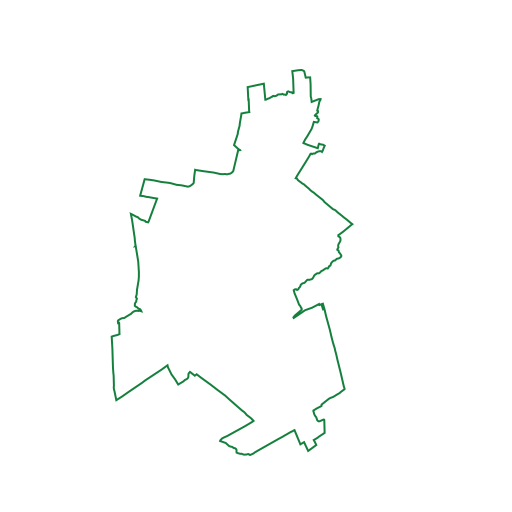 outline of Saveni, Botosani, Romania, rotated 292°
{"feature_id": "2599482B73989625224093", "entity_name": "Saveni", "entity_type": "district", "adm_level": 2, "iso_a3": "ROU", "parent_name": "Romania", "parent_adm1": "Botosani", "projection": "equal_earth", "projection_center": [26.877, 47.965], "detail": "fine", "context": "isolated", "style": "outline", "palette": "green", "viewbox_px": 512, "rotation_deg": 292, "n_neighbors": 0, "source": "geoboundaries", "source_scale": "gbopen_adm2", "svg_char_len": 6091}
<svg xmlns="http://www.w3.org/2000/svg" viewBox="0 0 512 512"><g transform="rotate(292 256 256)"><path d="M165.7,388.0L166.6,387.5L167.7,386.5L169.8,385.0L179.8,378.0L190.8,370.0L194.6,367.4L197.9,364.9L200.3,363.3L201.4,362.3L204.8,359.6L209.4,356.2L215.4,352.0L226.5,343.5L231.8,339.8L236.8,335.9L236.3,335.4L232.1,338.8L231.6,338.2L235.8,334.7L234.2,333.1L234.2,332.9L235.0,332.4L229.1,327.4L224.2,321.9L212.7,314.2L213.1,313.7L215.2,314.3L223.3,318.5L224.6,317.9L225.0,317.0L226.3,315.7L227.0,314.2L231.1,310.4L236.0,305.6L238.4,303.8L239.2,304.2L239.8,304.8L239.9,305.4L240.2,305.6L240.2,305.8L240.0,306.1L239.9,306.5L240.1,307.1L240.7,307.5L241.1,307.7L242.2,307.7L243.7,308.3L244.8,308.4L246.1,308.3L247.7,309.1L248.1,309.5L249.2,310.9L249.6,311.2L251.9,312.0L253.1,312.5L253.5,313.1L253.7,314.1L255.5,316.5L257.1,317.1L259.6,317.3L260.9,317.8L261.5,318.3L262.4,318.8L263.0,319.5L263.2,320.2L263.8,321.1L264.6,321.5L266.6,322.3L267.7,323.4L270.4,325.1L271.1,326.0L271.3,327.2L272.5,327.6L273.6,327.5L274.0,327.7L274.5,328.2L275.3,328.6L276.7,328.4L277.5,328.4L279.4,329.0L280.6,329.7L281.2,330.4L281.4,330.9L283.7,332.0L284.7,333.6L285.1,333.9L286.0,334.6L287.4,335.2L288.4,334.9L288.9,334.3L290.3,332.1L290.6,331.4L291.9,330.5L292.1,330.0L292.1,329.2L292.6,328.9L294.9,329.2L295.9,328.5L296.8,328.2L297.8,328.1L300.6,328.5L301.8,328.5L302.4,328.4L303.9,327.7L304.5,327.2L304.9,326.5L305.1,325.0L306.2,324.5L307.0,325.1L311.2,327.7L319.9,332.4L321.6,333.4L322.1,331.5L323.8,326.4L324.8,322.6L325.3,321.2L326.5,317.2L326.6,316.6L327.4,314.4L328.0,312.9L328.3,311.6L328.2,310.3L328.3,309.7L331.7,299.2L332.7,297.6L333.2,296.3L335.4,288.7L336.4,285.9L336.6,284.6L336.9,283.3L337.6,281.2L338.1,280.3L339.8,275.0L340.3,274.0L340.7,271.1L341.0,270.5L341.5,268.3L342.1,266.4L343.1,265.0L343.0,263.7L346.1,264.1L363.0,267.1L369.1,268.1L370.8,268.2L371.3,268.4L371.6,268.8L371.4,269.8L371.7,270.1L372.4,270.6L372.7,271.1L372.9,271.9L373.1,272.2L373.5,272.5L374.5,272.9L375.3,273.6L376.6,275.0L377.4,276.7L377.5,277.3L377.2,278.2L378.8,278.4L382.1,278.3L384.0,278.4L384.3,276.5L383.7,274.1L383.8,272.5L383.3,272.3L379.1,272.9L378.4,262.0L378.5,259.0L378.4,258.2L378.5,257.6L382.2,257.9L386.2,258.7L394.3,259.9L396.9,259.9L402.0,259.4L402.8,262.9L403.8,263.3L404.7,263.4L405.2,263.3L406.1,263.0L406.5,262.5L406.7,261.1L407.6,260.9L408.4,260.5L408.5,260.2L408.2,259.3L408.0,258.5L408.4,257.9L410.8,258.9L411.7,259.5L412.6,259.6L413.0,259.5L413.6,259.2L413.7,258.3L414.2,258.2L418.6,257.7L422.5,257.0L423.5,257.0L425.0,257.3L425.7,257.1L425.0,255.5L419.7,249.9L423.0,248.1L424.4,247.0L435.4,242.4L441.9,239.3L441.0,237.2L440.0,235.3L445.1,231.7L445.4,231.3L445.6,230.0L445.6,229.0L445.4,228.2L443.9,225.3L441.0,220.4L434.3,224.0L421.3,229.8L420.8,229.3L420.6,228.9L421.1,228.4L421.2,228.1L420.7,226.4L420.7,224.2L420.0,223.5L419.4,223.4L418.6,223.8L418.1,223.9L417.3,223.8L416.5,223.4L416.7,222.8L416.0,221.2L416.2,219.7L415.5,219.1L414.1,216.1L413.6,215.6L412.9,215.4L412.3,214.9L411.6,214.2L410.9,212.9L411.1,212.5L410.6,211.7L410.4,211.5L409.7,211.3L409.5,211.0L408.9,210.5L407.3,209.3L406.4,208.2L404.9,206.9L404.4,206.1L418.7,198.7L409.5,185.0L398.1,190.3L398.3,190.6L387.9,195.3L386.9,195.9L384.3,191.5L383.8,190.9L382.7,189.1L380.9,189.6L373.4,191.2L370.6,192.0L363.9,192.8L363.2,193.2L361.6,193.4L350.6,194.1L348.7,199.2L348.3,200.8L348.3,201.4L348.2,201.6L348.0,201.4L347.7,199.8L326.2,203.1L325.5,202.9L323.8,202.1L322.5,201.0L321.9,199.9L321.1,199.0L320.6,197.7L320.5,196.7L319.5,194.8L318.6,192.2L317.6,185.9L314.8,174.9L313.1,167.6L313.1,167.3L307.4,168.7L300.6,170.8L299.9,170.8L297.6,169.6L296.3,168.7L295.5,167.9L294.8,167.0L293.7,160.8L292.7,157.2L292.3,156.1L291.6,149.9L291.1,147.4L289.2,140.6L287.9,133.2L286.9,129.1L285.5,124.0L268.5,126.0L269.5,129.7L269.7,131.9L270.3,134.0L271.5,139.8L272.2,142.8L248.2,143.5L246.8,143.4L246.4,140.8L246.9,140.3L247.0,139.8L246.9,138.5L246.6,136.1L246.9,133.8L247.5,132.4L247.7,131.8L247.6,130.3L248.1,126.1L248.2,124.2L242.8,127.7L227.4,136.7L224.6,138.1L220.9,140.2L220.4,140.4L219.9,140.3L220.2,140.7L206.7,148.9L197.3,153.4L193.1,155.1L189.3,156.3L181.1,158.1L180.2,158.2L179.3,158.6L175.6,159.8L172.9,160.0L171.8,161.6L170.4,161.6L168.8,162.0L167.2,161.6L166.3,161.6L165.6,161.9L164.4,162.3L164.0,163.6L163.9,164.9L163.2,166.8L163.3,168.1L163.2,168.5L162.7,169.1L162.6,169.6L161.8,170.4L161.6,168.3L160.9,167.4L160.9,166.6L160.4,165.7L160.0,164.8L158.6,163.3L157.3,162.5L155.6,161.8L150.4,157.9L149.3,157.2L148.9,156.7L148.5,155.7L147.6,154.5L145.4,152.8L144.8,152.4L143.9,152.3L142.1,153.3L142.8,154.1L142.7,154.2L132.4,158.7L130.7,156.9L128.3,153.6L127.2,152.4L116.4,157.5L98.7,165.3L94.2,167.5L91.8,168.8L82.4,172.9L80.7,173.4L79.1,174.3L77.8,175.3L70.0,180.5L75.3,184.3L83.0,189.3L96.1,198.1L98.9,199.7L114.7,210.6L121.5,214.9L119.9,216.0L114.3,222.3L114.0,222.9L111.1,227.5L107.7,232.0L112.6,235.7L114.4,236.5L115.9,237.9L116.6,238.3L117.6,238.6L118.5,238.6L121.2,237.6L122.1,237.6L123.8,238.2L122.1,244.1L124.1,245.3L122.7,250.2L119.8,261.9L117.5,270.1L115.0,279.8L113.0,285.1L107.4,301.2L106.9,303.4L106.0,305.4L105.2,306.7L103.9,311.5L103.4,313.0L103.0,313.4L103.0,313.8L102.2,315.5L101.0,314.8L94.0,309.5L79.5,297.7L78.7,297.1L75.0,293.6L74.1,292.9L71.8,292.0L71.0,292.0L71.3,297.9L69.7,302.3L69.8,304.1L70.1,305.4L69.8,306.4L69.6,307.7L69.9,308.2L69.9,308.7L69.7,309.5L69.2,310.3L68.6,310.7L67.3,311.2L66.5,311.6L66.4,312.3L66.4,313.0L66.7,315.5L67.2,316.6L67.2,318.4L67.4,319.5L68.4,321.6L69.3,322.7L69.6,323.4L69.2,324.3L69.3,325.1L71.9,327.6L73.3,328.4L75.7,330.2L95.2,345.7L98.9,348.8L99.7,349.3L101.9,351.1L105.8,354.1L107.1,355.4L108.7,356.6L109.0,356.9L98.0,367.7L101.4,370.3L94.8,377.4L103.3,382.7L105.3,380.6L107.0,378.5L110.7,381.3L111.9,381.9L117.7,385.9L129.6,380.7L129.8,380.4L129.6,379.8L126.6,376.9L126.2,376.1L126.3,375.2L126.6,374.4L127.0,374.0L129.0,372.3L130.0,370.6L130.9,369.5L133.7,367.3L134.2,367.1L137.5,369.5L141.4,372.9L141.7,372.9L142.2,372.6L142.9,372.5L150.8,377.0L152.1,378.0L154.3,380.4L158.4,383.4L160.2,384.9L161.4,385.4L165.7,388.0Z" fill="none" stroke="#15803d" stroke-width="2"/></g></svg>